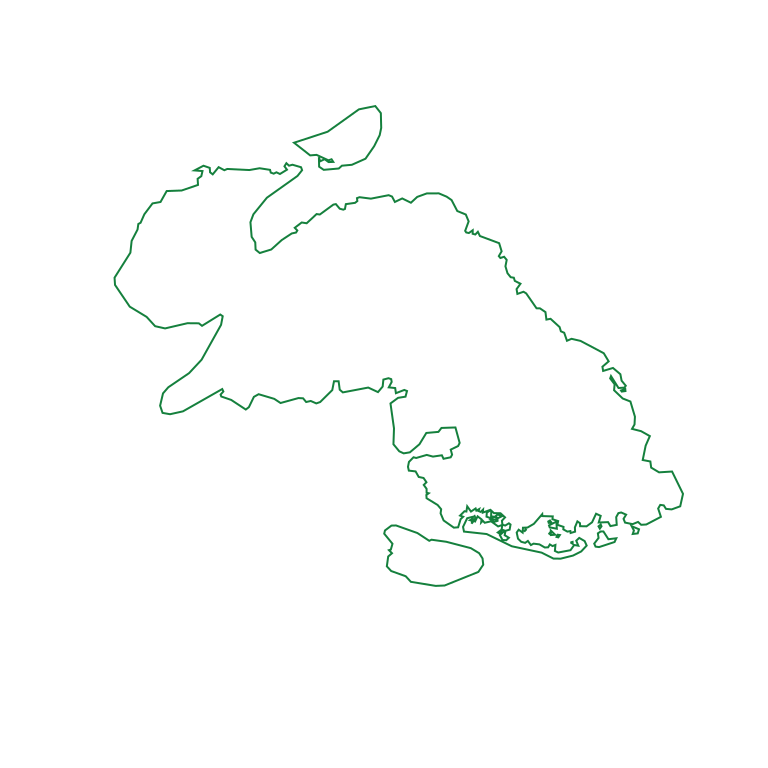 Temotu-Nende, Temotu, Solomon Islands, rotated 48°
{"feature_id": "97153195B91208568213874", "entity_name": "Temotu-Nende", "entity_type": "district", "adm_level": 2, "iso_a3": "SLB", "parent_name": "Solomon Islands", "parent_adm1": "Temotu", "projection": "natural_earth1", "projection_center": [165.974, -10.758], "detail": "fine", "context": "isolated", "style": "outline", "palette": "green", "viewbox_px": 768, "rotation_deg": 48, "n_neighbors": 0, "source": "geoboundaries", "source_scale": "gbopen_adm2", "svg_char_len": 6178}
<svg xmlns="http://www.w3.org/2000/svg" viewBox="0 0 768 768"><g transform="rotate(48 384 384)"><path d="M673.1,245.7L665.7,235.3L641.8,228.5L633.7,238.7L624.9,241.4L619.8,237.9L613.6,242.6L604.9,230.8L600.6,221.3L591.1,224.5L583.3,229.7L581.7,224.9L576.2,219.4L561.9,212.6L554.5,216.3L542.6,217.2L538.5,212.8L531.2,212.2L530.0,210.0L543.9,212.4L547.6,207.7L547.1,205.5L540.5,205.2L534.9,201.8L525.3,203.1L520.9,212.4L517.3,210.1L517.5,201.9L508.2,200.1L483.5,209.1L475.9,214.4L474.3,219.1L466.5,215.8L463.2,217.3L459.2,215.4L447.0,216.6L444.8,220.2L438.6,215.9L432.1,217.5L429.8,220.0L411.8,217.7L408.8,218.6L406.3,224.6L402.2,222.0L400.8,215.5L394.9,217.8L391.9,216.4L389.4,218.4L384.3,218.1L377.8,215.0L373.9,209.8L369.8,209.6L368.2,213.2L365.8,213.1L364.1,207.8L356.4,204.2L338.2,213.7L333.7,212.4L334.0,216.1L331.7,217.6L329.1,215.2L328.6,219.9L326.4,221.5L324.5,221.2L319.8,212.3L312.8,209.8L304.5,213.8L292.5,210.7L286.7,212.1L279.0,215.7L271.0,224.7L267.2,234.1L267.3,242.7L258.3,246.3L256.0,254.1L250.1,252.6L246.8,254.2L237.5,269.7L228.8,277.2L227.8,279.7L230.2,281.4L230.0,284.3L224.8,292.0L227.8,295.9L227.2,297.6L224.1,299.6L218.1,299.4L216.8,301.6L215.1,318.3L212.6,320.4L212.8,333.9L208.9,337.1L208.2,345.8L211.9,345.7L212.6,348.0L210.4,351.8L208.6,363.6L208.6,377.8L203.5,388.7L198.2,389.5L192.6,384.9L186.1,383.9L174.4,375.0L170.5,367.5L167.2,346.4L171.5,309.1L170.3,301.8L167.4,300.6L159.8,305.3L158.2,308.5L154.6,308.8L155.6,312.3L159.8,312.7L158.3,320.8L154.7,322.3L153.9,325.2L151.1,326.7L148.6,325.4L140.4,332.1L134.9,340.9L119.3,356.6L118.3,359.6L112.2,361.8L113.6,371.0L110.3,371.6L106.8,368.9L101.0,372.1L98.5,381.9L104.3,376.4L107.3,380.7L106.8,385.2L111.6,389.0L104.8,404.9L95.2,416.4L99.2,428.3L94.9,435.2L97.5,448.5L101.3,457.0L100.7,459.5L104.3,463.8L108.8,475.8L116.7,484.6L124.7,513.1L130.4,517.6L156.4,521.2L175.3,515.5L187.9,515.4L196.2,509.5L207.3,489.4L215.0,481.0L219.0,480.3L222.8,459.2L225.7,458.5L231.0,465.5L243.9,503.3L245.5,521.6L242.1,546.5L243.1,554.5L250.3,564.9L257.3,567.9L263.3,563.2L269.8,551.7L279.5,507.6L282.1,508.4L282.5,512.5L284.4,513.3L293.6,508.2L310.5,503.8L310.8,499.9L306.5,489.3L307.7,484.0L321.6,475.5L328.9,473.6L337.2,457.0L340.5,453.7L345.3,453.9L347.6,449.8L353.1,447.3L354.7,443.5L353.9,426.5L348.5,419.3L351.6,415.9L358.6,420.7L362.7,420.2L376.1,398.1L386.0,393.9L385.0,386.7L380.3,381.5L382.7,376.8L385.2,375.4L387.6,376.9L389.7,382.7L394.5,378.4L398.8,381.3L402.0,372.9L404.6,371.6L407.8,376.5L403.7,382.8L402.8,392.2L423.7,406.3L435.1,417.3L444.2,417.7L448.7,415.8L452.1,410.5L452.5,398.0L448.7,385.3L456.0,375.6L455.1,370.7L464.1,360.0L478.4,367.2L479.7,370.4L477.4,378.3L482.1,380.7L483.1,383.5L479.4,389.8L475.7,388.7L470.7,396.2L465.3,399.7L460.5,409.6L458.2,411.1L458.6,417.6L461.6,421.6L465.0,423.5L470.1,419.0L476.3,420.4L480.3,417.5L485.4,418.2L485.6,422.0L490.4,422.5L493.3,425.1L495.1,423.9L494.8,426.8L497.4,428.8L509.8,425.1L515.3,425.3L518.0,428.5L525.3,431.0L537.5,428.2L540.1,424.8L535.7,417.5L535.6,414.0L532.7,415.5L532.4,409.3L533.9,408.1L530.6,404.0L537.0,404.7L537.8,399.2L539.9,400.1L540.6,397.0L541.6,398.8L543.8,397.7L543.6,394.4L545.7,396.6L548.7,389.1L553.5,388.7L558.0,383.9L564.1,383.3L564.5,387.8L567.8,390.2L570.3,388.6L571.1,384.4L573.1,384.0L576.3,388.1L574.4,391.9L577.1,395.5L581.8,394.1L581.9,397.7L579.2,400.3L573.8,399.0L573.9,392.3L571.5,393.6L572.7,398.1L570.5,398.8L570.9,394.0L567.9,390.4L566.2,394.5L557.7,396.3L554.5,402.0L551.7,402.1L551.9,404.4L549.9,402.1L545.0,403.0L547.1,408.3L545.7,408.7L546.4,412.3L544.9,410.1L542.8,411.2L543.4,408.9L541.7,407.6L539.4,412.0L543.1,420.9L547.2,423.3L564.2,408.1L590.1,397.6L614.8,379.7L627.1,374.9L632.0,369.6L638.0,358.3L640.4,349.5L639.7,341.5L635.0,340.0L629.0,341.9L629.1,346.0L634.2,347.8L630.9,350.4L632.3,356.6L625.8,367.3L622.4,368.7L618.3,364.3L617.2,367.2L614.2,368.1L615.2,371.3L613.1,373.9L607.2,375.8L602.7,379.7L602.0,382.6L596.9,382.1L596.5,385.4L593.1,387.6L588.6,387.9L583.2,384.8L582.4,381.4L587.2,380.4L583.8,376.9L586.7,373.4L588.2,366.2L586.6,353.5L588.1,354.7L595.3,347.2L597.2,349.3L602.4,346.3L604.6,349.4L610.3,346.2L612.0,348.0L616.4,346.5L618.0,343.9L619.6,345.0L621.6,340.8L618.3,338.1L615.5,332.2L618.6,331.5L620.9,333.4L625.3,328.7L626.0,321.9L622.3,313.2L627.0,311.2L630.6,317.1L636.6,309.9L641.1,310.8L644.4,305.3L638.3,300.5L636.8,296.2L638.2,293.7L643.1,291.5L644.5,296.2L648.3,297.6L654.5,293.0L656.5,287.5L660.7,287.1L663.9,283.1L668.0,267.1L660.0,263.6L658.7,259.6L661.4,257.3L665.5,258.0L669.7,254.1L673.1,245.7ZM586.8,439.6L584.7,431.2L579.6,427.5L573.4,426.5L564.1,429.3L542.9,443.3L531.5,452.9L530.8,455.3L517.1,458.9L497.2,469.7L494.2,473.2L493.5,481.3L495.4,484.0L508.4,484.6L511.6,489.7L510.8,491.5L515.1,491.3L515.0,496.3L521.4,503.9L527.8,503.8L541.4,496.5L549.0,496.4L568.6,480.7L574.3,473.8L586.8,439.6ZM204.2,247.0L200.7,232.2L196.2,220.7L191.8,214.7L180.6,205.1L171.6,204.5L163.1,218.9L158.8,257.1L144.5,289.4L164.7,285.9L168.6,280.8L180.6,275.6L181.9,272.6L185.0,273.1L182.0,276.7L177.2,277.7L175.8,282.4L171.9,280.6L179.1,286.8L184.5,285.5L193.6,273.4L193.6,269.2L199.6,261.2L204.2,247.0ZM655.7,318.4L654.1,314.6L649.5,321.1L640.4,319.6L638.6,321.6L638.1,325.0L642.0,327.6L643.3,334.6L646.4,335.6L649.1,333.3L655.7,318.4ZM664.8,295.4L662.6,291.7L655.4,295.1L660.1,296.3L661.9,299.5L664.8,295.4ZM607.2,352.4L601.6,348.0L599.5,356.0L601.4,356.8L607.2,352.4ZM555.4,394.3L550.3,389.4L549.0,389.7L548.4,393.7L551.2,396.6L555.4,394.3ZM561.7,391.2L560.5,390.2L556.5,395.3L560.1,394.5L561.7,391.2ZM561.2,384.8L557.0,386.8L556.8,390.8L560.0,388.9L561.2,384.8ZM607.9,361.1L610.5,357.7L604.5,358.1L607.9,361.1ZM635.9,320.4L635.3,317.6L633.5,317.0L633.3,319.8L635.9,320.4ZM545.6,408.2L544.7,405.7L542.7,405.0L542.4,408.0L545.6,408.2ZM550.8,209.3L549.2,208.1L547.4,212.2L548.7,212.4L550.8,209.3ZM614.6,357.1L613.9,354.4L612.2,355.8L613.1,358.1L614.6,357.1ZM555.7,394.2L556.6,390.8L554.6,392.4L555.7,394.2ZM599.3,352.3L596.5,352.0L596.1,353.9L597.4,354.5L599.3,352.3ZM605.9,362.2L606.2,359.8L605.5,360.0L605.9,362.2ZM629.0,350.7L627.5,349.5L626.9,350.7L627.3,351.2L629.0,350.7ZM587.5,378.7L587.3,376.0L586.7,375.9L587.5,378.7Z" fill="none" stroke="#15803d" stroke-width="2"/></g></svg>